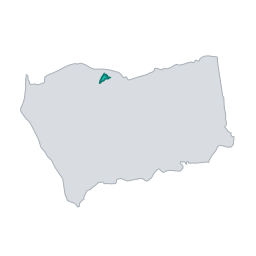 Berekum West, Brong Ahafo, Ghana shown in context, rotated 82°
{"feature_id": "2480657B54527757245703", "entity_name": "Berekum West", "entity_type": "district", "adm_level": 2, "iso_a3": "GHA", "parent_name": "Ghana", "parent_adm1": "Brong Ahafo", "projection": "mercator", "projection_center": [-2.676, 7.472], "detail": "fine", "context": "in_parent", "style": "filled", "palette": "teal", "viewbox_px": 256, "rotation_deg": 82, "n_neighbors": 0, "source": "geoboundaries", "source_scale": "gbopen_adm2", "svg_char_len": 3898}
<svg xmlns="http://www.w3.org/2000/svg" viewBox="0 0 256 256"><g transform="rotate(82 128 128)"><path d="M158.8,25.9L160.8,27.9L161.3,29.0L160.5,33.2L159.0,36.2L158.1,39.0L158.2,40.4L159.1,41.8L162.2,43.9L163.8,45.3L165.7,47.5L167.9,49.6L171.6,52.3L173.2,52.8L173.1,53.6L172.6,54.6L172.3,64.8L172.0,67.4L171.7,68.7L171.4,72.5L171.0,73.0L170.3,73.0L169.6,73.1L169.5,73.9L169.7,74.7L172.0,75.2L171.5,75.8L169.8,76.3L169.1,77.4L169.4,78.7L168.5,79.8L168.7,80.5L169.3,81.0L170.3,80.8L172.9,79.1L174.0,78.9L175.3,79.2L177.8,81.9L177.9,83.2L176.9,87.6L175.9,91.1L175.7,95.7L176.8,98.2L176.7,99.7L175.5,100.9L172.9,102.6L173.1,103.9L174.3,106.1L176.5,108.6L180.7,111.7L183.0,115.8L183.1,117.4L181.7,119.1L180.2,120.5L179.7,122.5L180.4,136.1L177.0,141.9L177.0,143.6L177.3,145.5L178.2,146.7L179.9,147.0L181.3,148.2L180.9,152.3L180.1,156.5L180.0,158.5L179.6,159.5L178.2,160.3L177.8,161.6L178.1,163.2L177.8,164.4L178.6,166.0L180.1,167.9L182.6,172.8L183.5,173.2L183.9,174.2L183.7,175.2L184.6,177.3L187.4,179.4L190.2,181.3L192.6,181.6L193.1,183.2L194.7,185.4L195.8,186.3L197.5,186.9L199.0,187.2L199.1,189.0L196.4,190.2L194.7,192.1L193.3,194.9L191.4,198.0L185.0,199.6L182.5,199.6L169.3,199.7L156.9,205.8L149.8,208.0L145.4,211.4L139.5,213.9L135.4,216.8L126.8,218.2L112.8,222.9L108.4,224.7L104.0,228.0L96.8,231.8L93.9,231.7L88.3,228.2L84.0,226.4L73.6,223.7L65.9,222.6L62.1,221.5L61.1,221.3L62.0,220.0L64.1,219.9L66.4,220.3L68.1,219.3L70.7,219.2L71.3,218.2L71.5,215.6L71.5,213.5L72.4,212.6L72.6,210.2L71.4,204.8L70.5,204.2L66.0,203.4L65.6,202.3L64.8,201.2L64.0,198.4L63.0,194.3L61.4,189.1L58.3,180.7L57.6,177.7L57.1,174.6L56.9,171.0L57.6,169.6L57.5,167.7L57.2,165.8L59.3,161.5L63.6,156.2L64.4,154.3L65.2,153.0L65.3,151.1L66.1,144.9L68.1,137.5L69.4,134.6L70.2,133.1L71.2,130.6L71.5,129.5L75.4,126.5L77.2,125.7L77.6,124.6L77.0,123.3L77.2,122.5L78.1,122.1L79.6,121.7L80.6,120.5L79.0,111.3L77.7,102.1L77.6,101.3L76.8,100.0L76.0,96.2L74.7,94.0L72.9,93.4L72.9,91.3L74.7,87.7L75.2,85.7L74.3,85.0L74.2,83.4L74.8,80.8L74.5,79.2L74.2,77.5L72.3,73.4L71.8,70.6L72.8,68.9L72.8,65.3L71.7,59.6L71.5,56.0L72.3,54.6L71.9,53.1L70.5,51.8L70.4,50.5L71.6,49.2L71.5,48.2L70.0,47.5L68.7,45.8L67.5,43.0L67.7,38.6L69.9,30.4L70.2,29.7L72.7,29.8L72.7,30.1L80.5,30.1L89.4,30.0L100.0,29.9L109.7,29.8L110.1,29.4L111.7,29.0L121.4,29.8L127.5,29.4L130.1,29.6L132.0,30.2L136.2,29.8L138.5,30.1L140.2,32.1L140.9,32.1L141.8,31.2L143.5,30.2L145.2,29.4L146.4,27.9L147.2,26.6L148.3,26.9L149.9,26.8L151.0,25.8L151.4,24.2L158.8,25.9Z" fill="#d9dde1" stroke="#a8b0b8" stroke-width="1"/><path d="M79.6,149.8L79.6,149.7L79.6,149.4L79.4,149.0L79.2,148.8L78.8,148.5L78.5,148.0L78.5,147.7L78.2,147.5L78.1,147.0L77.9,146.3L77.8,145.7L77.7,145.4L77.4,145.0L76.8,144.3L76.2,143.8L76.0,142.9L76.2,142.3L76.4,142.0L76.5,140.8L76.2,140.4L75.9,139.8L75.6,139.3L75.5,138.8L75.4,138.9L75.4,139.0L75.2,139.3L75.2,139.5L75.0,139.8L74.9,139.9L74.9,140.0L74.8,140.4L74.8,140.7L74.8,140.8L74.7,141.0L74.6,141.4L73.4,141.2L73.4,141.3L73.4,141.5L73.5,141.6L73.6,141.8L73.8,141.9L73.8,142.0L73.7,142.1L73.3,141.9L72.3,141.9L72.2,141.9L72.0,142.0L71.8,142.0L71.8,141.9L71.8,142.0L71.8,142.4L71.9,142.5L71.9,142.8L72.0,142.9L72.1,143.0L72.2,143.3L72.1,143.5L71.9,143.6L71.6,143.8L71.3,144.0L71.3,144.3L71.2,144.3L71.3,144.4L71.3,144.5L71.6,144.7L71.8,144.4L72.0,144.5L72.1,144.8L72.3,145.0L72.5,145.1L72.6,145.3L72.7,145.5L72.8,145.7L72.8,145.8L73.0,145.9L73.3,145.8L73.4,146.0L73.5,146.1L73.5,146.3L73.8,146.4L73.8,146.5L74.0,146.7L74.1,146.8L74.2,147.0L74.3,147.0L74.5,147.3L74.8,147.4L75.0,147.4L75.1,147.5L75.3,147.6L75.5,147.6L75.6,147.8L75.8,147.9L75.9,148.0L76.0,148.0L76.2,148.3L76.3,148.3L76.5,148.4L76.5,148.5L76.8,148.7L76.9,148.8L77.0,148.8L77.2,149.0L77.3,149.0L77.5,149.0L77.8,149.1L78.0,149.2L78.1,149.3L78.3,149.3L78.5,149.4L78.6,149.5L78.8,149.5L79.0,149.5L79.3,149.6L79.4,149.8L79.5,149.8L79.6,149.8Z" fill="#14b8a6" stroke="#0f766e" stroke-width="1.5"/></g></svg>